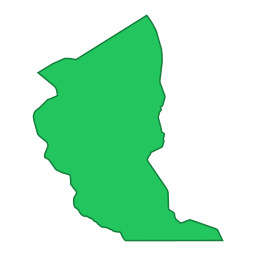 map outline of Illizi (Robinson projection)
{"feature_id": "DZA-2188", "entity_name": "Illizi", "entity_type": "Province", "adm_level": 1, "iso_a3": "DZA", "parent_name": "Algeria", "parent_adm1": "", "projection": "robinson", "projection_center": [8.244, 27.011], "detail": "fine", "context": "isolated", "style": "filled", "palette": "green", "viewbox_px": 256, "rotation_deg": 0, "n_neighbors": 0, "source": "natural_earth", "source_scale": "10m", "svg_char_len": 2726}
<svg xmlns="http://www.w3.org/2000/svg" viewBox="0 0 256 256"><path d="M146.7,15.4L148.3,17.4L152.4,23.6L156.2,30.9L158.7,39.8L161.3,48.8L162.0,54.5L162.1,61.6L161.4,67.9L159.8,81.0L160.2,83.2L164.9,96.0L164.9,97.5L164.8,97.8L162.7,105.3L162.1,106.0L161.2,106.5L160.5,107.1L160.6,107.9L161.0,108.7L161.3,109.5L161.1,110.2L159.7,111.8L159.3,112.6L158.9,114.8L158.3,116.3L158.2,116.9L158.2,117.5L160.9,127.5L161.6,131.4L161.9,132.1L162.2,132.5L163.7,133.3L164.2,133.8L164.3,134.3L163.5,138.3L163.4,139.6L163.8,140.6L163.9,141.4L162.5,146.2L161.9,147.0L150.6,152.6L150.6,153.4L150.5,154.0L150.2,154.6L149.1,155.7L148.5,157.1L148.1,157.7L147.3,159.5L148.1,161.6L152.6,168.2L157.5,175.4L161.5,181.2L166.4,188.4L167.6,190.8L168.1,193.2L168.2,198.1L168.4,203.4L168.5,208.6L168.9,209.6L173.7,212.6L174.3,213.6L174.9,217.1L175.3,218.4L175.8,219.1L180.1,222.7L180.7,222.9L182.0,222.8L185.7,221.3L189.3,219.9L190.0,219.8L190.7,220.0L196.8,222.1L204.5,224.8L214.7,228.4L216.1,228.9L217.1,229.5L218.0,230.7L220.2,235.5L222.6,240.5L126.1,240.6L125.6,240.5L125.4,240.4L125.1,240.2L124.1,239.2L123.3,238.0L122.5,236.8L121.1,233.6L120.8,233.0L120.4,232.5L120.1,232.2L119.9,232.1L119.5,232.0L119.2,232.0L118.4,232.0L115.7,231.7L112.8,230.7L112.6,230.6L111.6,229.6L111.4,229.5L111.2,229.5L110.6,229.4L110.4,229.4L109.8,229.2L108.7,228.4L106.3,227.5L105.4,227.4L103.8,227.3L101.7,226.9L100.5,226.1L100.1,225.8L99.4,225.0L99.1,224.8L98.4,224.4L98.1,224.1L96.1,221.9L95.8,221.8L95.1,221.5L94.9,221.5L93.5,220.6L93.2,220.2L92.9,219.8L92.0,218.9L91.8,218.7L91.2,218.3L91.1,218.2L90.8,218.2L90.4,218.3L90.2,218.3L90.0,218.2L89.8,218.1L89.4,217.7L89.2,217.5L88.6,217.4L88.4,217.3L88.2,217.1L87.7,216.6L87.4,216.4L87.2,216.3L87.0,216.2L86.8,216.2L85.5,216.3L84.2,216.1L82.8,215.6L82.6,215.5L82.4,215.3L81.8,214.8L81.2,214.4L81.1,214.2L80.8,213.9L80.5,213.3L79.5,212.0L78.6,210.3L78.2,209.7L77.7,209.2L75.6,207.7L75.0,207.2L74.6,206.6L74.4,206.1L73.7,203.2L73.7,199.2L73.8,198.7L74.5,196.7L74.7,196.4L76.1,194.3L76.3,194.0L76.4,193.6L76.5,193.3L76.5,192.9L76.5,192.5L76.4,192.1L76.3,191.7L75.9,191.0L75.5,190.3L74.5,189.3L70.9,184.5L70.5,177.4L70.2,175.8L69.7,174.8L61.8,172.5L60.8,172.0L60.0,171.5L56.5,170.0L56.2,169.8L56.0,169.6L55.6,169.1L48.9,159.7L48.6,159.4L45.3,157.7L45.1,157.6L44.9,157.4L44.8,157.2L44.7,156.8L44.6,156.2L44.7,155.0L44.8,154.2L45.1,153.3L47.8,146.7L47.9,146.1L47.9,145.7L47.9,145.2L47.8,144.5L47.5,143.4L46.9,142.4L45.7,141.2L39.5,136.1L38.1,134.6L37.8,134.2L37.7,133.9L37.6,133.6L34.1,120.8L33.4,116.4L34.1,113.2L35.2,111.3L37.2,109.5L39.6,107.7L47.6,99.8L56.2,96.3L57.5,95.2L56.8,90.7L55.7,87.7L53.8,85.7L38.0,72.7L52.9,63.7L64.6,58.5L69.4,58.5L76.0,59.6L146.7,15.4Z" fill="#22c55e" stroke="#15803d" stroke-width="1.5"/></svg>